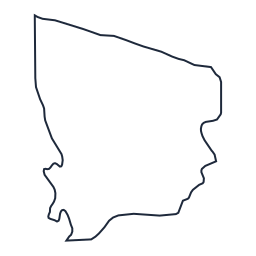 the border of Coronie
{"feature_id": "SUR-71", "entity_name": "Coronie", "entity_type": "District", "adm_level": 1, "iso_a3": "SUR", "parent_name": "Suriname", "parent_adm1": "", "projection": "equal_earth", "projection_center": [-56.304, 5.634], "detail": "fine", "context": "isolated", "style": "outline", "palette": "slate", "viewbox_px": 256, "rotation_deg": 0, "n_neighbors": 0, "source": "natural_earth", "source_scale": "10m", "svg_char_len": 1442}
<svg xmlns="http://www.w3.org/2000/svg" viewBox="0 0 256 256"><path d="M34.8,15.4L37.6,17.0L42.6,18.8L55.0,20.3L83.7,29.2L100.4,35.1L113.9,35.9L126.3,40.2L135.3,43.6L143.5,46.5L161.3,51.7L172.2,56.6L178.6,58.9L184.1,60.2L194.3,65.0L211.0,67.1L215.8,74.2L219.6,77.2L221.1,82.0L221.1,112.6L220.7,114.3L217.0,119.5L213.0,120.8L205.8,121.9L203.6,122.9L202.1,124.4L201.4,126.2L200.9,128.8L201.0,131.0L201.6,133.4L202.5,136.1L204.6,140.3L211.6,150.6L212.6,151.7L214.6,154.6L216.1,161.3L205.3,165.9L201.9,168.9L201.4,170.4L201.4,172.2L203.9,178.3L203.6,182.0L202.7,183.3L199.2,184.8L192.9,189.8L191.1,192.3L188.9,197.7L187.8,198.8L182.9,200.7L178.3,212.8L175.9,214.1L159.7,215.6L133.7,213.8L118.4,215.4L113.1,217.5L109.1,220.7L104.4,227.3L98.9,233.5L95.5,236.6L91.2,239.4L66.4,240.6L69.2,236.5L71.1,234.8L72.3,231.6L72.3,228.3L70.9,224.8L69.1,218.7L67.6,214.9L65.4,211.1L63.7,209.9L62.2,210.1L61.0,211.3L60.1,213.6L59.3,218.9L58.6,220.7L57.0,221.5L54.6,220.2L50.4,218.9L48.6,217.9L48.3,216.4L48.9,214.2L49.9,212.0L50.1,208.1L51.2,205.9L52.5,204.1L54.0,201.6L55.2,198.2L55.4,193.2L54.7,189.7L53.4,186.9L44.6,174.8L43.7,171.2L44.1,169.1L45.5,168.8L47.3,169.2L49.0,168.9L50.5,167.4L51.8,165.5L53.4,163.7L55.0,163.2L56.8,164.0L59.9,166.6L61.3,166.3L62.1,164.6L62.7,160.2L62.2,156.6L61.5,154.1L51.9,138.4L45.2,120.4L44.6,116.6L44.1,108.5L43.0,105.3L40.1,99.2L36.0,87.1L35.3,78.1L34.8,18.8L34.8,15.4Z" fill="none" stroke="#1e293b" stroke-width="2"/></svg>